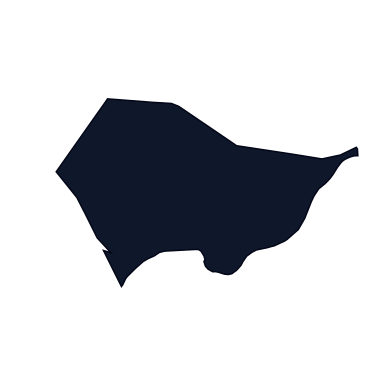 Jefferson, Kentucky, United States of America, rotated 208°
{"feature_id": "52423323B58327264964299", "entity_name": "Jefferson", "entity_type": "district", "adm_level": 2, "iso_a3": "USA", "parent_name": "United States of America", "parent_adm1": "Kentucky", "projection": "orthographic", "projection_center": [-85.758, 38.189], "detail": "fine", "context": "isolated", "style": "filled", "palette": "ink", "viewbox_px": 384, "rotation_deg": 208, "n_neighbors": 0, "source": "geoboundaries", "source_scale": "gbopen_adm2", "svg_char_len": 1239}
<svg xmlns="http://www.w3.org/2000/svg" viewBox="0 0 384 384"><g transform="rotate(208 192 192)"><path d="M136.6,131.3L135.4,131.7L134.4,132.5L131.3,133.5L124.8,134.7L121.2,136.2L118.5,138.5L115.9,143.8L114.3,150.3L114.4,154.0L113.6,161.0L110.8,166.8L110.7,167.0L107.9,171.1L99.7,177.9L98.1,179.4L97.5,180.0L96.9,180.6L94.1,183.1L87.2,192.2L85.8,194.7L84.9,197.1L80.5,208.8L80.1,221.6L82.1,239.3L82.4,245.9L81.6,254.4L78.3,262.2L77.1,266.4L76.4,269.2L75.7,273.9L75.2,281.9L74.3,287.3L73.8,289.4L73.1,291.0L72.3,292.6L70.0,295.7L67.9,298.1L65.6,300.2L62.6,301.9L66.1,307.6L67.9,308.6L78.4,294.3L92.8,282.2L112.2,275.6L124.4,271.4L137.2,266.9L174.4,253.8L180.7,254.5L220.2,258.8L244.1,261.4L251.8,260.5L262.1,255.8L268.6,252.8L310.3,234.6L310.8,230.1L312.5,216.9L321.4,146.1L318.3,144.8L291.1,133.1L287.2,130.4L279.5,125.0L276.7,123.1L263.0,113.3L254.2,107.0L235.1,100.3L242.7,98.8L209.9,75.4L209.6,77.6L209.9,84.1L209.5,86.9L206.0,98.2L202.4,107.8L199.5,112.5L195.3,117.9L192.3,123.5L191.9,123.8L188.2,127.1L187.0,127.8L174.1,135.6L164.3,141.5L161.8,143.0L158.9,144.3L156.0,143.9L151.2,141.0L148.5,137.9L148.9,136.7L148.8,136.2L145.3,132.8L141.6,131.4L136.6,131.3L136.6,131.3Z" fill="#0f172a" stroke="#020617" stroke-width="1.5"/></g></svg>